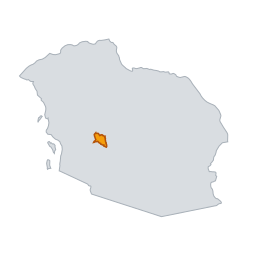 location of Kongwa, Dodoma, United Republic of Tanzania, rotated 169°
{"feature_id": "72390352B66245716936383", "entity_name": "Kongwa", "entity_type": "district", "adm_level": 2, "iso_a3": "TZA", "parent_name": "United Republic of Tanzania", "parent_adm1": "Dodoma", "projection": "albers", "projection_center": [36.568, -5.974], "detail": "fine", "context": "in_parent", "style": "filled", "palette": "amber", "viewbox_px": 256, "rotation_deg": 169, "n_neighbors": 0, "source": "geoboundaries", "source_scale": "gbopen_adm2", "svg_char_len": 6272}
<svg xmlns="http://www.w3.org/2000/svg" viewBox="0 0 256 256"><g transform="rotate(169 128 128)"><path d="M94.5,181.4L91.7,179.9L89.1,179.0L87.0,178.0L86.1,177.1L84.1,176.7L82.4,176.6L80.8,175.7L77.6,175.4L77.2,174.8L77.2,173.4L76.6,173.1L75.4,172.7L74.2,172.8L73.4,173.0L72.9,172.9L71.9,172.1L70.9,171.1L70.5,169.5L69.0,168.5L67.3,167.6L62.6,167.8L61.8,167.5L60.7,166.7L59.3,165.4L58.3,163.9L57.3,161.8L56.3,159.0L50.8,147.8L50.2,145.7L49.1,143.3L47.3,140.5L45.4,138.3L42.9,136.4L40.0,134.5L38.5,133.2L35.5,128.0L34.9,125.5L34.4,122.9L34.6,121.9L36.3,118.6L36.5,117.6L36.3,116.4L35.3,113.7L34.2,110.6L31.8,104.8L31.4,103.3L31.4,102.2L32.7,96.3L32.7,95.4L38.2,95.5L42.1,92.8L45.6,88.9L46.2,87.3L47.6,84.8L49.0,83.5L49.5,82.7L50.3,80.2L52.1,78.5L53.9,77.2L53.5,76.3L53.8,76.0L54.7,75.3L56.6,74.7L57.0,73.4L57.0,71.9L56.7,71.1L56.7,70.1L56.4,69.6L55.2,69.5L53.3,68.8L51.8,68.5L50.7,68.1L50.3,67.7L50.2,66.9L51.0,64.6L50.1,63.7L52.0,59.9L52.3,59.4L53.0,59.4L54.1,59.0L55.1,58.8L56.0,58.9L56.6,58.7L57.1,58.3L57.6,57.0L57.9,54.9L57.7,53.2L56.9,51.9L56.7,49.8L57.0,47.1L56.7,44.8L55.8,43.0L54.9,41.9L53.5,41.4L51.3,38.7L50.6,37.4L50.7,36.5L51.5,36.2L52.9,36.3L54.2,35.9L55.4,35.2L56.5,34.9L57.2,35.0L112.1,34.6L176.3,70.1L176.5,70.6L177.0,73.6L176.9,74.7L175.9,76.5L175.6,77.4L175.6,78.0L175.9,78.3L176.7,78.4L177.4,78.8L177.7,79.1L178.2,80.5L178.9,81.1L203.1,98.7L203.7,99.0L203.3,100.4L202.0,104.0L201.9,105.5L201.3,107.2L200.8,108.4L199.4,113.4L198.2,115.3L196.6,119.6L196.3,123.0L197.2,125.4L197.5,127.6L199.4,129.7L200.9,130.5L201.9,131.5L203.6,133.8L204.6,136.1L207.9,137.2L209.1,139.7L208.6,141.5L207.1,142.9L205.7,145.3L204.6,148.3L204.6,153.0L205.3,152.3L207.0,153.5L207.2,157.0L205.4,161.0L204.9,162.9L204.8,164.5L206.0,169.3L207.9,171.8L207.8,172.6L207.3,173.2L210.6,177.6L210.3,181.4L211.5,184.3L212.0,186.9L212.8,188.8L212.9,190.2L211.9,191.7L214.3,192.1L215.7,193.3L216.4,194.5L218.1,194.4L219.0,195.2L220.4,195.9L223.3,197.9L224.1,198.9L224.6,199.8L216.4,206.0L213.4,207.6L211.3,208.3L209.0,208.7L206.9,209.7L204.9,211.2L202.3,211.9L199.1,211.9L195.8,213.0L190.6,216.2L187.5,214.4L185.2,213.8L182.4,213.9L180.7,214.1L180.1,214.5L179.6,215.5L179.2,217.3L177.4,219.0L174.2,220.7L171.3,221.3L168.7,220.9L166.9,220.2L165.9,219.2L164.6,218.8L162.7,218.9L161.0,219.5L159.3,220.8L156.6,221.4L153.0,221.2L151.0,220.6L150.7,219.5L149.1,218.3L146.2,216.8L144.0,216.8L142.6,218.2L141.4,219.1L140.2,219.4L139.2,219.5L137.7,219.1L133.7,218.9L129.8,219.0L129.4,217.0L128.6,215.8L127.9,215.1L126.6,214.9L126.3,214.4L125.8,213.1L125.1,212.1L124.3,211.2L123.8,210.4L123.6,209.6L123.7,208.8L124.5,206.8L124.8,205.4L124.7,203.9L124.2,202.5L123.3,200.7L123.4,200.2L123.1,199.0L123.1,198.2L123.2,197.1L123.0,195.8L122.3,192.8L122.2,192.1L121.4,190.7L118.8,187.3L118.7,186.9L114.7,183.6L113.1,182.8L112.5,183.5L112.3,184.0L112.5,185.1L112.4,185.7L112.2,185.9L111.3,185.9L110.7,185.8L109.1,184.9L108.0,184.6L105.0,184.8L104.0,185.0L103.2,184.8L101.6,183.3L99.8,183.0L98.2,182.9L95.4,181.2L94.5,181.4ZM208.3,124.9L209.6,128.6L209.5,129.3L208.5,129.7L208.0,129.8L207.5,129.2L207.1,127.9L206.3,128.2L205.1,126.7L203.9,126.6L202.9,124.8L203.3,123.3L203.1,120.6L204.4,119.3L205.1,117.0L205.9,118.5L206.1,121.0L207.2,123.9L208.3,124.9ZM214.9,102.8L215.0,103.7L214.7,104.5L214.7,107.1L214.6,108.9L213.6,111.3L212.8,112.2L212.1,111.9L211.5,111.5L211.0,110.8L212.0,106.4L211.5,103.1L213.4,103.4L214.9,102.8ZM211.9,156.4L210.9,156.6L210.6,156.4L210.0,155.7L211.0,155.0L212.0,153.8L214.3,152.1L215.3,150.7L215.1,152.1L213.9,155.1L212.8,155.3L211.9,156.4Z" fill="#d9dde1" stroke="#a8b0b8" stroke-width="1"/><path d="M152.0,124.3L152.4,124.4L152.7,124.5L152.8,124.5L153.0,124.6L153.2,124.8L153.3,124.9L153.4,125.0L153.6,125.0L153.9,125.1L154.0,125.2L154.0,125.3L154.2,125.5L154.3,125.5L154.4,125.8L154.3,126.0L154.5,126.2L154.8,126.2L155.0,126.2L155.2,126.3L155.3,126.4L155.4,126.5L155.6,126.5L155.7,126.4L155.8,126.4L156.0,126.4L156.3,126.3L156.3,126.2L156.2,126.1L156.3,126.0L156.5,126.1L156.8,126.2L156.9,126.3L157.1,126.2L157.1,126.3L157.3,126.5L157.5,126.7L157.6,126.9L157.7,127.0L157.8,127.3L157.9,127.7L157.9,127.8L158.0,128.1L158.2,128.3L158.4,128.4L158.5,128.5L158.8,128.5L159.0,128.6L159.3,128.6L159.5,128.7L159.7,128.8L159.8,128.8L160.0,128.8L160.4,128.8L160.5,128.8L160.6,129.1L160.6,129.3L160.7,129.2L160.8,129.2L160.9,128.9L161.0,128.9L161.3,128.9L161.5,128.8L161.7,128.6L161.8,128.5L161.9,128.4L162.0,128.4L162.1,128.2L162.4,128.0L162.4,127.9L162.4,127.7L162.4,127.1L162.4,126.6L162.4,126.3L162.3,126.2L162.3,125.9L162.3,125.7L162.2,125.3L162.2,125.2L162.2,124.8L162.1,124.5L162.1,124.3L162.1,124.0L162.0,123.8L161.9,123.1L161.9,122.9L161.8,122.7L162.3,122.2L162.5,122.0L162.7,121.9L162.8,121.8L163.0,121.7L163.3,121.6L163.5,121.5L163.6,121.4L163.9,121.3L164.0,121.2L164.1,120.9L164.3,120.5L164.4,120.4L164.1,120.4L163.8,120.4L163.7,120.4L163.4,120.6L163.2,120.6L163.0,120.8L162.9,120.8L162.7,120.8L162.4,120.8L162.2,120.7L161.9,120.6L161.6,120.6L161.4,120.6L161.2,120.6L160.9,120.6L160.7,120.6L160.4,120.6L160.2,120.7L160.0,120.4L159.9,120.3L159.9,120.2L159.8,119.9L159.7,119.9L159.6,119.6L159.4,119.3L159.3,119.2L159.2,119.1L159.1,118.9L158.9,118.8L158.9,118.7L158.7,118.6L158.4,118.4L158.1,118.2L158.0,117.9L157.9,117.9L157.9,117.7L157.7,117.4L157.7,117.2L157.4,117.1L157.2,117.0L156.9,116.9L156.8,116.7L156.7,116.5L156.6,116.4L156.4,116.3L156.3,116.2L156.2,116.2L155.9,116.1L155.7,116.0L155.6,115.9L155.5,116.0L155.4,116.0L155.3,115.9L155.2,115.9L155.3,115.7L155.3,115.4L155.2,115.3L155.2,115.2L154.9,115.1L154.9,114.9L154.9,114.7L154.7,114.7L154.4,114.4L154.2,114.3L153.9,114.0L153.7,113.8L153.5,113.7L153.4,113.7L153.1,113.4L152.9,113.3L152.7,113.6L152.5,113.9L152.4,114.0L152.3,114.3L152.3,114.8L152.3,115.0L152.3,115.3L152.2,115.7L152.3,115.8L152.3,116.2L152.4,116.5L152.3,116.9L152.4,117.0L152.4,117.3L152.4,117.5L152.5,117.6L152.3,117.9L152.4,118.0L152.5,118.0L152.5,118.4L152.5,118.6L152.6,119.0L152.6,119.4L152.6,119.5L152.6,119.8L152.5,120.1L152.4,120.3L152.5,120.5L152.5,121.1L152.5,121.3L152.5,121.6L152.4,121.7L152.3,121.8L152.2,121.9L152.2,122.0L152.2,122.3L152.3,122.3L152.4,122.5L152.5,122.7L152.5,122.8L152.6,123.0L152.4,123.2L152.3,123.3L152.3,123.6L152.3,123.8L152.2,123.9L152.1,124.1L152.0,124.3Z" fill="#f59e0b" stroke="#b45309" stroke-width="1.5"/></g></svg>